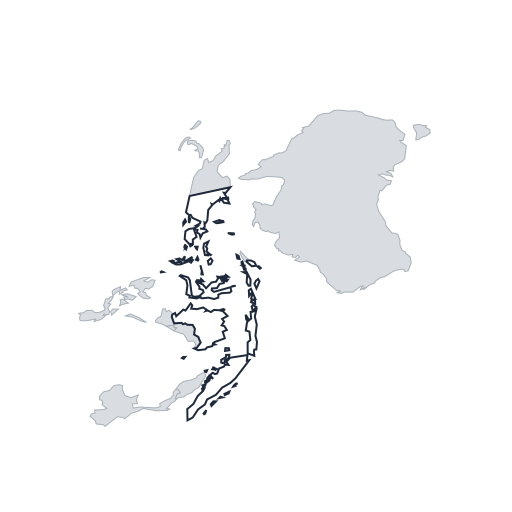 Indonesia highlighted, Equal Earth projection, rotated 257°
{"feature_id": "IDN", "entity_name": "Indonesia", "entity_type": "country or territory", "adm_level": 0, "iso_a3": "IDN", "parent_name": "Asia", "parent_adm1": "", "projection": "equal_earth", "projection_center": [119.503, -2.501], "detail": "fine", "context": "with_neighbors", "style": "outline", "palette": "slate", "viewbox_px": 512, "rotation_deg": 257, "n_neighbors": 7, "source": "natural_earth", "source_scale": "50m", "svg_char_len": 12199}
<svg xmlns="http://www.w3.org/2000/svg" viewBox="0 0 512 512"><g transform="rotate(257 256 256)"><path d="M329.5,204.7L346.5,212.9L352.4,219.4L353.0,223.2L360.9,227.1L362.0,230.5L357.6,231.2L358.6,235.5L362.7,239.7L365.6,246.5L368.3,246.2L368.1,249.1L371.7,250.2L370.2,251.4L375.2,254.0L374.6,255.9L371.4,256.3L370.3,254.7L361.5,253.0L355.4,245.4L353.0,239.8L346.9,237.0L339.9,241.0L340.4,245.7L336.6,247.9L329.1,246.5L329.5,204.7ZM383.1,208.9L386.7,213.6L387.2,217.0L385.7,218.7L383.8,212.4L379.0,207.5L375.6,205.7L376.9,204.1L383.1,208.9ZM378.3,225.6L373.2,228.6L370.7,228.6L364.1,225.0L364.6,223.0L368.8,223.9L371.4,223.4L372.2,220.3L372.9,220.2L373.3,223.6L376.0,223.1L380.1,218.6L379.6,214.8L382.5,214.7L383.4,215.8L383.3,219.3L381.6,223.2L379.1,223.8L378.3,225.6ZM394.9,222.3L400.7,230.0L400.0,231.8L398.6,232.5L396.6,230.0L394.6,225.9L393.7,221.1L394.4,220.4L394.9,222.3Z" fill="#d9dde1" stroke="#a8b0b8" stroke-width="1"/><path d="M252.9,245.1L253.4,243.6L257.5,242.2L262.3,241.1L264.1,241.9L253.4,248.3L252.9,245.1Z" fill="#d9dde1" stroke="#a8b0b8" stroke-width="1"/><path d="M159.8,96.7L155.4,95.8L149.3,97.0L146.1,102.3L147.0,110.0L142.9,107.1L138.8,107.2L139.7,102.2L135.5,102.2L134.9,109.2L130.5,124.1L130.7,128.8L133.8,129.0L135.6,134.8L136.4,140.3L139.0,144.0L141.9,144.7L144.3,148.1L142.7,150.7L139.5,151.5L139.2,148.2L135.4,145.4L134.5,146.5L132.7,144.0L131.9,140.9L127.2,134.2L126.4,138.0L125.5,134.4L127.6,124.3L132.8,111.8L131.2,106.0L130.9,99.6L126.9,91.4L128.6,90.2L130.5,84.7L123.9,70.5L125.9,69.4L128.3,62.6L131.6,62.3L137.2,58.2L139.1,60.1L139.2,63.9L142.3,64.1L140.9,70.7L140.8,76.3L145.9,72.6L147.3,73.7L150.0,73.5L151.0,71.3L154.5,71.8L157.9,76.9L158.0,83.1L161.7,88.6L161.3,93.9L159.8,96.7Z" fill="#d9dde1" stroke="#a8b0b8" stroke-width="1"/><path d="M345.6,438.4L348.0,438.8L347.4,445.3L345.7,447.2L344.6,451.5L343.4,450.0L340.0,453.8L336.6,453.3L334.7,448.7L334.6,445.1L332.8,440.4L333.2,437.8L339.7,440.2L345.6,438.4ZM256.3,389.4L247.7,393.7L246.8,396.8L245.1,399.1L238.7,399.8L234.8,398.7L228.6,399.6L226.0,402.7L224.8,402.5L220.5,406.0L214.4,405.7L207.3,400.9L207.4,397.6L209.5,396.8L210.3,395.5L210.6,389.3L210.0,385.8L206.8,376.4L207.0,373.0L205.0,367.4L202.9,365.0L202.3,360.3L198.9,352.9L201.0,355.5L199.4,349.9L201.6,351.6L203.0,354.0L202.9,350.9L199.0,342.3L200.9,334.2L200.4,330.6L202.2,326.2L202.7,330.9L204.5,326.6L214.0,319.6L216.1,319.1L217.4,319.9L223.8,316.9L225.8,315.0L228.3,315.1L233.2,313.3L239.7,304.0L240.0,298.1L243.3,292.8L245.3,298.2L247.3,296.9L245.6,294.0L247.1,290.9L249.2,292.3L249.8,287.5L253.5,281.9L255.9,280.8L256.0,279.0L258.1,279.8L258.2,278.2L262.5,276.4L266.0,279.3L268.5,283.1L274.4,283.7L273.5,280.3L275.8,275.2L278.0,273.5L277.3,271.9L279.4,268.3L282.3,266.1L284.7,266.8L288.7,265.6L288.6,262.4L285.2,260.3L287.7,259.4L290.8,260.9L293.3,263.5L297.2,265.2L298.6,264.5L301.5,266.5L304.3,264.7L306.1,265.2L307.2,264.0L309.3,267.1L306.1,273.1L304.5,273.3L305.0,275.8L301.7,282.1L302.0,283.9L309.2,289.4L314.8,295.3L318.5,296.9L319.2,298.8L323.5,301.0L326.7,298.8L328.8,292.7L331.1,284.2L330.6,275.7L331.4,270.9L332.3,269.6L331.6,267.5L334.0,258.8L335.9,256.4L337.1,259.5L337.3,263.5L338.5,264.3L338.6,267.0L340.2,270.2L340.2,276.1L341.7,281.1L344.8,278.7L348.4,283.8L347.8,286.6L348.6,292.0L349.1,295.2L350.3,295.9L351.3,301.3L350.6,304.5L351.9,308.8L362.8,317.7L362.1,319.2L364.5,323.1L365.8,329.8L367.7,328.4L369.4,331.1L370.6,330.2L370.8,336.7L378.8,347.7L379.6,352.6L378.7,359.8L380.3,364.9L379.4,370.2L376.5,378.3L374.9,386.0L372.3,391.3L368.6,394.2L362.7,406.6L360.7,409.4L359.0,413.7L357.9,419.5L355.2,421.4L350.4,421.6L346.2,424.0L341.0,428.5L335.3,425.1L336.3,422.1L333.9,423.2L329.7,427.3L317.4,422.8L315.0,419.3L313.8,412.1L311.9,409.8L307.7,409.1L309.4,406.3L308.7,402.0L306.2,406.0L302.3,407.1L304.8,403.9L305.7,400.5L307.6,397.7L307.5,393.4L303.6,398.3L300.7,400.3L298.8,404.9L295.5,402.6L295.8,399.5L291.2,393.1L292.1,391.7L286.6,388.2L283.5,388.0L279.3,385.1L271.4,385.7L260.5,389.7L256.3,389.4Z" fill="#d9dde1" stroke="#a8b0b8" stroke-width="1"/><path d="M235.2,109.9L230.8,101.9L234.8,102.1L236.5,104.4L235.2,109.9ZM240.6,125.7L242.7,122.2L243.2,118.3L245.8,117.9L245.1,122.2L248.6,116.0L248.1,122.1L243.5,130.1L240.6,125.7ZM258.8,128.5L260.4,141.9L258.8,147.7L257.0,141.2L254.8,144.4L256.3,149.2L255.0,152.2L249.4,148.4L248.0,143.8L249.5,140.8L246.4,137.7L245.0,140.4L242.7,140.1L239.2,143.7L238.4,141.8L240.3,136.5L245.8,132.2L247.5,135.1L251.1,133.4L251.9,130.5L255.2,130.4L254.9,125.4L258.8,128.5ZM222.2,128.3L215.9,134.3L218.2,129.9L224.5,121.5L227.0,115.2L227.8,120.4L222.2,128.3ZM240.1,71.9L239.4,74.5L241.0,79.0L239.8,84.2L237.0,86.3L236.3,91.4L237.4,96.4L239.9,97.1L242.0,96.3L247.9,99.9L247.4,103.3L249.0,104.8L248.5,107.7L244.8,104.6L243.1,101.3L241.9,103.6L238.8,99.8L234.6,100.8L232.2,99.4L232.5,96.8L233.9,95.1L232.5,93.7L231.9,96.0L229.6,92.3L228.9,89.6L228.7,83.6L230.6,85.6L231.1,75.8L232.6,70.1L235.4,70.1L238.3,71.9L239.7,70.3L240.1,71.9ZM238.9,114.9L238.2,111.8L241.0,113.8L244.0,113.8L243.9,116.5L238.8,121.1L238.9,114.9ZM255.3,110.1L256.6,117.2L253.0,115.5L254.3,121.6L252.0,123.0L251.8,118.6L250.4,118.2L249.6,114.4L252.4,114.9L252.3,112.5L249.4,107.6L253.9,107.8L255.3,110.1Z" fill="#d9dde1" stroke="#a8b0b8" stroke-width="1"/><path d="M134.5,146.5L135.4,145.4L139.2,148.2L139.5,151.5L142.7,150.7L144.3,148.1L148.1,152.5L150.1,156.8L149.8,164.1L150.6,170.1L152.3,171.9L154.1,177.5L154.0,179.7L150.6,180.1L140.5,170.3L140.0,167.0L137.3,162.7L136.6,157.4L135.0,153.9L135.5,149.2L134.5,146.5ZM219.2,161.4L209.6,160.4L207.9,167.7L206.1,169.9L203.6,178.8L199.7,180.2L195.2,178.4L192.9,179.0L190.1,182.2L187.1,181.8L184.0,183.1L180.8,179.4L180.0,175.1L183.5,177.3L187.2,176.1L188.1,170.7L195.9,168.1L201.7,158.9L203.8,162.3L204.8,160.1L207.1,160.3L207.6,153.0L211.3,148.6L213.7,143.6L215.6,143.5L218.1,146.8L218.3,149.6L225.4,153.3L225.1,155.8L221.9,156.1L222.7,159.2L219.2,161.4Z" fill="#d9dde1" stroke="#a8b0b8" stroke-width="1"/><path d="M207.6,153.0L207.1,160.3L204.8,160.1L203.8,162.3L201.7,158.9L207.6,153.0Z" fill="#d9dde1" stroke="#a8b0b8" stroke-width="1"/><path d="M179.8,175.0L179.9,177.6L184.0,182.5L190.2,181.5L193.4,178.0L198.9,180.1L203.1,178.7L204.4,173.6L206.3,171.8L206.0,169.4L207.6,168.5L208.7,161.1L215.5,160.2L217.7,161.2L218.7,164.3L215.3,164.7L220.1,173.1L218.7,175.0L224.5,181.7L222.3,182.8L219.3,181.0L217.5,186.5L217.7,193.0L214.6,195.9L213.7,194.7L213.8,196.6L211.5,199.5L212.9,202.8L211.4,208.1L210.5,209.6L210.0,211.1L204.0,214.8L202.3,208.8L199.3,210.2L196.1,206.9L194.8,209.4L190.5,210.9L189.7,206.6L182.8,207.1L181.5,196.2L180.6,194.5L178.0,193.2L178.0,187.8L176.5,185.7L177.2,178.4L179.8,175.0ZM111.3,152.3L122.3,154.6L125.9,161.7L132.6,167.6L136.4,174.0L138.1,175.5L137.8,173.6L138.9,173.5L140.9,177.1L143.5,178.8L145.2,182.6L148.3,184.3L146.0,186.6L149.8,184.7L151.4,186.2L151.9,187.7L150.2,189.3L150.2,191.7L154.7,194.7L155.4,199.7L157.0,201.5L156.1,204.7L159.6,203.3L162.7,208.0L161.4,225.4L156.1,223.5L156.0,226.0L141.4,208.4L138.1,202.5L135.3,193.3L129.8,185.8L127.2,176.0L122.9,172.9L119.5,165.0L112.9,158.1L111.3,152.3ZM329.4,204.8L328.8,246.5L324.3,240.6L324.9,238.9L319.0,240.9L320.0,236.7L318.4,234.6L319.0,234.3L319.9,234.4L320.5,234.2L317.8,232.6L319.0,232.1L315.9,225.3L316.6,224.5L315.4,224.7L311.6,219.8L301.7,216.6L299.3,214.3L300.3,213.3L295.9,212.6L294.5,210.4L295.3,207.7L293.2,213.1L290.9,214.1L290.1,209.2L286.4,206.0L290.0,206.0L292.2,203.7L294.7,204.9L295.7,201.5L288.0,202.4L286.2,198.1L281.8,197.2L283.0,193.5L288.5,190.3L296.0,192.8L297.4,196.8L297.0,202.9L298.3,206.2L299.1,204.3L300.3,208.7L302.0,209.7L307.5,202.6L310.8,201.6L311.0,199.9L314.3,197.6L329.4,204.8ZM254.3,178.4L250.4,185.0L247.2,186.1L232.1,184.6L230.2,186.3L229.6,191.6L232.5,196.8L234.8,196.6L236.8,193.4L238.7,194.0L244.4,191.7L245.7,193.0L245.4,194.5L243.2,193.8L240.0,198.0L235.8,200.1L240.2,206.7L240.0,211.3L242.9,214.2L243.0,216.3L239.4,217.2L239.0,219.1L236.9,218.6L237.0,214.3L233.5,210.7L234.3,205.7L232.4,205.2L230.5,207.0L231.3,224.0L227.2,224.1L226.2,222.2L227.5,214.0L226.8,210.6L223.9,209.9L223.5,205.5L226.1,200.4L226.9,193.9L227.9,192.4L228.6,193.6L228.0,188.6L230.6,181.8L232.2,182.5L234.5,179.5L242.8,182.6L248.1,182.6L253.7,177.2L254.3,178.4ZM163.0,226.0L173.7,228.4L175.4,231.6L183.8,232.6L185.7,229.3L193.8,232.5L196.1,237.2L202.7,238.1L202.6,242.0L203.6,244.3L197.2,241.2L189.0,241.3L178.3,237.5L171.9,237.6L164.9,235.3L165.2,233.3L163.6,232.5L159.1,231.9L163.0,226.0ZM266.2,182.6L270.8,177.9L270.8,180.9L268.7,183.3L271.8,186.6L267.4,185.0L266.9,186.1L269.5,193.8L266.0,189.6L264.8,180.7L265.7,176.2L267.6,173.9L267.5,179.5L266.2,182.6ZM275.8,206.5L279.7,208.2L280.8,212.8L276.2,209.4L274.4,210.2L271.6,208.8L269.9,210.2L268.1,208.3L267.0,210.5L268.4,206.5L275.8,206.5ZM242.5,243.3L234.2,245.4L228.4,243.8L228.7,242.1L232.2,240.9L240.3,243.4L243.1,240.1L242.5,243.3ZM218.6,240.3L224.2,241.3L225.2,243.7L214.0,245.8L214.3,242.8L215.8,241.7L219.6,244.0L220.9,243.2L218.6,240.3ZM252.6,245.4L253.7,246.1L252.8,250.0L250.3,253.1L246.5,254.1L246.9,249.7L252.6,245.4ZM162.7,198.8L164.2,203.9L166.4,204.6L165.7,207.8L162.5,206.2L161.5,202.1L158.4,201.2L159.9,198.2L162.7,198.8ZM317.3,241.1L313.1,241.9L315.2,236.6L318.5,235.5L319.5,237.4L317.3,241.1ZM229.3,248.2L231.9,250.4L233.1,252.9L230.5,253.7L224.3,249.1L229.3,248.2ZM262.0,207.9L263.8,211.4L261.2,212.6L258.2,210.0L258.3,208.0L262.0,207.9ZM207.7,240.4L208.9,242.0L206.2,244.8L203.0,240.5L207.7,240.4ZM213.7,241.5L213.1,245.1L209.6,244.4L212.2,240.7L213.7,241.5ZM173.1,205.4L172.3,208.8L170.2,208.7L170.5,204.5L173.1,205.4ZM298.7,222.9L299.3,228.5L298.0,228.7L296.7,227.0L296.9,224.7L298.7,222.9ZM201.1,232.7L196.6,234.4L194.7,233.5L196.3,232.2L201.1,232.7ZM243.9,216.2L243.4,221.1L244.5,222.3L241.9,224.4L242.9,217.7L243.9,216.2ZM121.8,178.6L124.0,181.8L123.4,184.4L119.9,178.9L121.8,178.6ZM129.9,199.5L128.3,198.4L127.5,194.3L128.7,194.2L129.9,199.5ZM283.1,239.4L282.1,239.4L282.2,237.4L284.7,233.7L283.1,239.4ZM280.9,188.1L283.4,189.9L280.0,188.6L281.3,190.2L280.6,190.9L278.2,189.4L280.9,188.1ZM250.4,198.7L254.7,200.1L250.0,200.0L250.4,198.7ZM241.9,221.9L240.2,222.2L240.6,218.7L242.2,217.7L241.9,221.9ZM302.7,192.2L305.2,192.7L307.5,195.1L305.3,195.6L302.7,192.2ZM261.6,237.3L260.0,239.1L256.8,239.3L257.7,237.2L261.6,237.3ZM298.5,229.4L297.4,232.0L296.3,231.9L296.5,227.8L298.5,229.4ZM268.2,198.7L265.4,199.1L264.6,198.3L265.8,196.6L268.2,198.7ZM303.1,198.3L306.6,198.7L309.9,199.6L306.7,200.2L303.1,198.3ZM243.2,195.6L246.1,197.3L244.4,198.4L244.3,196.4L243.1,198.2L243.2,195.6ZM269.6,174.8L268.5,173.3L270.3,171.3L270.4,173.7L269.6,174.8ZM251.0,240.3L253.3,240.5L253.7,241.5L250.1,242.0L251.0,240.3ZM278.7,198.9L278.2,201.2L275.8,200.0L277.0,199.3L278.7,198.9ZM211.7,212.2L210.5,213.8L211.5,208.9L211.7,212.2ZM265.4,190.1L266.9,193.2L266.3,193.7L264.1,191.2L265.4,190.1ZM117.0,172.9L113.9,171.0L113.5,169.9L114.3,169.5L117.0,172.9ZM173.6,164.3L172.1,162.4L173.3,160.9L174.0,162.4L173.6,164.3ZM281.8,196.5L280.8,196.1L280.2,194.2L282.0,193.9L281.8,196.5ZM148.2,182.5L145.7,182.5L145.8,181.0L148.2,182.5ZM142.0,174.7L142.1,176.5L141.0,176.9L140.6,175.0L142.0,174.7ZM247.9,241.1L246.2,243.0L244.6,242.8L245.4,241.2L247.9,241.1ZM243.2,258.0L242.7,257.0L245.2,255.2L245.5,256.3L243.2,258.0ZM255.6,199.6L259.5,199.8L255.0,199.9L255.6,199.6ZM155.7,180.2L155.7,182.7L154.1,181.5L154.7,180.4L155.7,180.2ZM180.3,194.7L179.0,196.2L179.1,194.4L180.3,194.7ZM136.1,207.3L136.1,209.4L134.8,205.9L136.1,207.3ZM155.5,187.9L157.7,189.8L155.1,189.2L155.5,187.9ZM239.0,223.0L237.9,221.8L238.4,220.6L239.0,221.2L239.0,223.0ZM126.9,189.7L125.8,191.5L125.8,188.0L126.9,189.7ZM145.4,181.7L144.7,181.1L144.6,179.0L145.5,180.1L145.4,181.7ZM262.3,160.5L261.3,161.9L261.5,158.8L262.3,160.5ZM249.4,240.7L249.0,242.8L247.9,242.3L249.4,240.7ZM145.6,178.3L145.8,179.5L143.5,177.7L145.6,178.3ZM154.2,191.0L155.7,191.0L154.7,192.3L154.2,191.0ZM149.0,182.4L146.7,181.3L146.9,180.6L148.2,181.2L149.0,182.4ZM244.6,213.7L244.0,215.2L243.4,213.9L244.6,213.7ZM269.0,210.6L267.3,212.3L267.1,211.8L269.0,210.6ZM319.0,241.9L317.6,241.8L317.4,241.4L318.6,240.5L319.0,241.9ZM231.9,226.4L231.6,229.6L231.6,225.1L231.9,226.4ZM134.8,205.3L134.0,206.2L133.8,204.3L134.8,205.3Z" fill="none" stroke="#1e293b" stroke-width="2"/></g></svg>